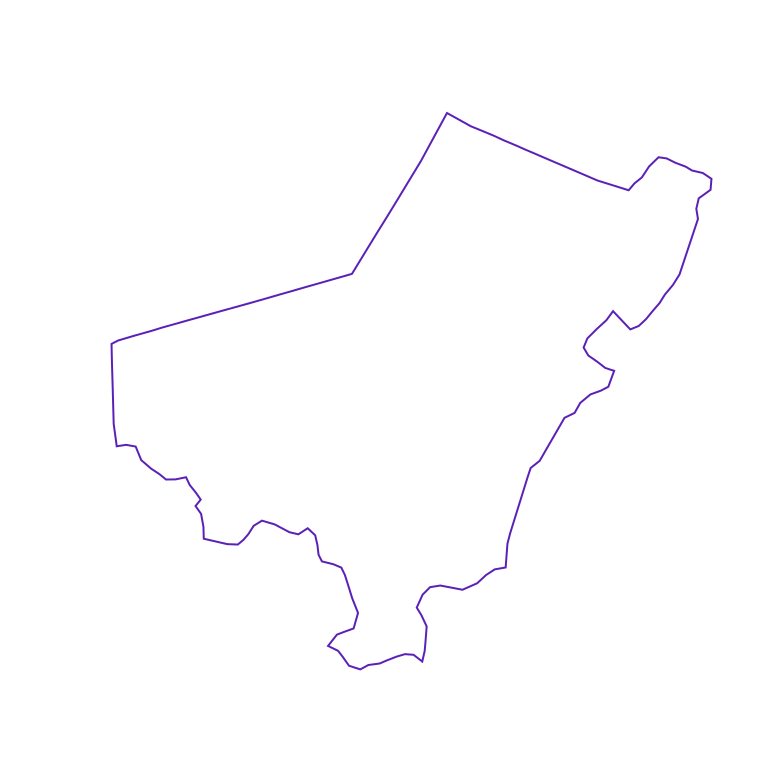 outline of São Gonçalo dos Campos, Bahia, Brazil, rotated 283°
{"feature_id": "56859067B25678921595357", "entity_name": "São Gonçalo dos Campos", "entity_type": "district", "adm_level": 2, "iso_a3": "BRA", "parent_name": "Brazil", "parent_adm1": "Bahia", "projection": "orthographic", "projection_center": [-38.961, -12.408], "detail": "fine", "context": "isolated", "style": "outline", "palette": "violet", "viewbox_px": 768, "rotation_deg": 283, "n_neighbors": 0, "source": "geoboundaries", "source_scale": "gbopen_adm2", "svg_char_len": 1822}
<svg xmlns="http://www.w3.org/2000/svg" viewBox="0 0 768 768"><g transform="rotate(283 384 384)"><path d="M122.2,483.7L133.0,483.7L143.6,482.2L157.4,480.1L167.2,472.4L173.5,466.2L187.4,469.0L196.4,474.6L200.3,484.2L201.2,506.8L210.8,519.6L220.8,526.4L228.3,533.6L232.6,543.8L256.2,540.2L267.0,540.5L325.7,544.9L335.2,545.8L344.2,553.0L354.8,556.2L391.7,567.5L398.7,576.2L409.8,579.5L420.3,587.5L426.3,596.8L431.8,603.2L439.9,604.2L448.6,605.3L449.4,596.0L453.7,586.7L457.7,576.7L464.4,570.3L474.2,571.9L485.2,578.8L496.3,586.4L506.5,590.8L492.6,611.7L497.8,619.1L506.1,624.7L515.6,629.4L524.9,634.3L534.4,637.6L545.4,643.2L557.2,647.3L615.4,652.8L625.0,648.9L635.7,648.9L646.7,658.5L657.6,656.9L661.3,647.2L661.3,636.1L663.6,629.2L665.1,618.2L667.4,608.6L666.7,600.5L655.7,593.4L643.3,588.8L635.8,582.9L627.8,578.8L630.3,546.2L635.0,520.2L644.4,467.8L645.9,460.1L648.4,445.7L650.7,434.7L654.7,410.5L662.2,384.4L609.8,369.9L564.6,355.0L546.6,349.0L529.7,343.2L484.1,328.0L460.5,285.3L433.7,237.0L417.3,206.8L401.1,177.1L389.0,155.0L383.8,146.1L375.2,130.4L370.4,121.9L366.6,115.2L361.8,109.5L351.1,112.2L339.5,115.2L321.2,120.0L284.3,129.6L263.2,137.6L266.7,146.4L267.2,156.1L255.2,164.6L249.1,176.2L245.6,185.6L241.9,193.1L244.2,202.4L248.6,212.1L241.9,217.4L235.6,225.4L230.1,231.4L222.7,227.8L216.3,235.0L204.2,240.2L192.7,243.2L192.7,252.4L192.7,267.3L194.7,277.7L200.7,282.2L207.4,285.7L216.5,288.9L223.4,295.8L222.6,309.2L218.3,325.2L218.3,334.4L226.3,342.1L221.1,351.0L212.0,355.4L203.0,358.6L197.2,363.4L197.0,375.2L195.5,383.7L189.2,388.8L179.1,394.8L168.1,401.2L155.1,410.2L139.0,409.4L133.5,400.9L129.2,394.5L116.2,388.4L113.7,399.2L109.1,404.9L101.6,413.3L100.6,425.1L106.7,432.0L110.7,442.7L115.0,448.5L121.2,457.6L125.5,465.2L126.8,473.7L122.2,483.7Z" fill="none" stroke="#5b21b6" stroke-width="2"/></g></svg>